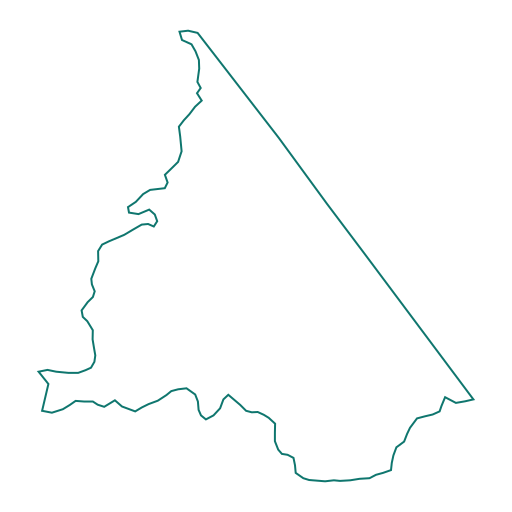 Graça Aranha, Maranhão, Brazil
{"feature_id": "56859067B94805674111832", "entity_name": "Graça Aranha", "entity_type": "district", "adm_level": 2, "iso_a3": "BRA", "parent_name": "Brazil", "parent_adm1": "Maranhão", "projection": "mercator", "projection_center": [-44.344, -5.391], "detail": "fine", "context": "isolated", "style": "outline", "palette": "teal", "viewbox_px": 512, "rotation_deg": 0, "n_neighbors": 0, "source": "geoboundaries", "source_scale": "gbopen_adm2", "svg_char_len": 1715}
<svg xmlns="http://www.w3.org/2000/svg" viewBox="0 0 512 512"><path d="M179.5,31.7L182.0,40.0L191.5,44.3L195.5,51.3L198.9,60.0L199.2,68.7L197.4,81.9L200.7,88.0L197.0,93.2L201.7,100.6L195.1,106.7L189.4,114.2L183.8,120.3L178.9,126.7L180.2,136.6L181.6,151.3L178.1,161.9L171.0,168.9L164.9,174.8L167.6,182.5L164.8,188.2L150.1,189.9L143.1,194.1L135.8,201.9L128.0,207.1L129.0,212.6L138.5,214.1L149.2,209.6L154.8,214.5L157.2,221.2L153.8,226.5L148.1,224.0L141.7,224.6L132.7,229.8L124.3,234.8L109.2,241.2L102.1,244.6L98.1,251.1L98.3,261.3L95.3,268.3L91.3,278.8L91.9,284.4L94.7,291.3L92.9,297.0L87.7,302.1L81.6,310.4L82.8,316.9L87.3,321.2L92.8,330.2L92.6,339.4L94.0,347.9L95.3,355.4L94.4,361.8L91.0,367.7L85.5,370.2L78.1,372.9L68.7,372.9L56.2,371.7L47.5,369.9L38.6,371.7L48.4,384.0L42.1,410.8L51.9,412.7L62.9,409.2L69.9,404.9L75.6,400.9L83.8,401.5L92.8,401.5L97.7,404.7L104.2,406.8L114.9,400.3L122.0,406.5L135.2,411.4L141.9,407.4L148.6,404.1L157.8,400.7L166.4,395.1L171.3,391.1L178.1,389.3L186.5,388.3L195.2,394.5L197.9,401.5L198.6,409.9L201.0,415.4L205.9,419.4L213.5,415.4L220.1,408.3L223.4,399.4L228.3,394.8L240.2,404.9L246.1,410.8L251.8,412.3L257.7,412.0L263.8,414.8L268.7,417.8L275.1,423.7L274.9,432.7L274.9,441.2L278.2,449.6L281.9,453.9L287.6,454.8L293.5,457.9L295.0,465.3L295.7,472.9L303.3,478.2L309.1,480.0L325.1,481.3L333.9,480.3L340.0,480.9L350.2,480.3L359.6,478.8L369.5,478.2L376.0,474.8L383.0,472.9L391.0,470.1L391.8,462.8L393.4,455.4L396.4,447.3L404.1,441.6L407.1,433.9L410.0,427.8L417.0,418.4L425.0,416.3L432.7,414.5L439.6,411.4L441.5,405.9L445.1,397.2L455.9,402.9L465.1,401.3L473.4,399.4L363.7,252.6L326.9,203.7L278.8,137.9L197.6,32.9L188.1,30.7L179.5,31.7Z" fill="none" stroke="#0f766e" stroke-width="2"/></svg>